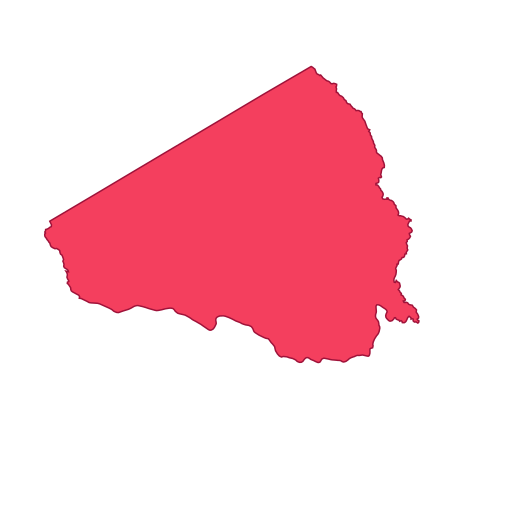 the district of Novo Mundo, Mato Grosso, Brazil, rotated 324°
{"feature_id": "56859067B63599343869059", "entity_name": "Novo Mundo", "entity_type": "district", "adm_level": 2, "iso_a3": "BRA", "parent_name": "Brazil", "parent_adm1": "Mato Grosso", "projection": "robinson", "projection_center": [-55.354, -9.812], "detail": "fine", "context": "isolated", "style": "filled", "palette": "rose", "viewbox_px": 512, "rotation_deg": 324, "n_neighbors": 0, "source": "geoboundaries", "source_scale": "gbopen_adm2", "svg_char_len": 6115}
<svg xmlns="http://www.w3.org/2000/svg" viewBox="0 0 512 512"><g transform="rotate(324 256 256)"><path d="M109.6,106.6L108.9,110.5L107.7,111.9L106.1,111.6L104.3,111.7L102.9,111.5L101.4,110.9L100.7,111.8L99.2,112.5L99.2,113.7L98.0,114.0L96.9,115.7L96.7,116.8L96.8,118.5L96.6,120.0L96.8,121.2L96.6,123.1L96.8,124.4L96.0,126.5L95.8,128.0L96.3,129.5L97.6,131.9L99.2,132.8L99.9,134.5L100.4,136.1L99.4,138.1L99.0,139.6L99.5,141.1L99.3,142.4L98.8,144.1L98.3,145.7L96.7,146.7L96.4,148.1L95.8,149.8L94.4,151.3L94.1,152.8L94.6,154.1L95.4,156.0L95.5,157.3L95.0,158.5L93.3,156.5L93.2,157.8L92.8,159.6L92.0,160.7L90.6,162.0L90.1,163.8L90.0,165.6L89.5,166.6L88.1,166.3L87.2,167.3L87.6,168.6L87.4,172.6L86.4,174.4L86.1,175.6L86.5,177.2L87.8,179.9L88.4,181.2L89.6,183.6L89.3,185.3L88.2,186.3L89.6,187.7L92.6,193.3L93.6,195.5L94.8,196.8L98.2,199.6L100.1,201.2L101.5,203.0L102.7,205.1L106.5,211.7L107.5,213.7L108.1,215.2L108.4,216.8L109.2,218.4L110.3,220.0L111.6,221.0L116.0,222.3L121.6,224.2L124.2,224.7L127.9,225.1L129.7,225.7L131.3,226.6L134.4,230.1L136.5,232.8L138.7,235.9L142.6,240.8L143.6,241.8L145.0,242.6L148.2,244.1L150.3,244.9L151.8,245.5L155.3,247.3L156.3,248.0L157.1,248.7L158.0,249.8L158.3,251.5L158.2,253.3L159.0,256.2L160.1,257.7L162.9,260.9L164.0,262.3L165.9,266.3L166.6,268.1L167.0,269.5L167.6,271.0L168.8,273.4L171.3,279.0L172.0,281.2L174.2,287.4L174.8,288.6L175.9,289.5L176.9,289.7L178.2,289.9L180.2,289.4L182.2,288.4L184.0,287.4L184.9,286.0L185.3,285.0L186.0,283.9L186.8,283.1L188.1,282.6L189.6,282.7L191.4,283.2L194.4,285.2L195.8,286.7L197.9,289.8L199.9,293.4L201.5,296.7L204.1,300.6L204.7,302.1L205.7,303.7L207.1,305.6L209.3,307.8L210.0,309.0L210.7,310.3L210.8,312.0L210.5,314.0L210.1,315.1L210.0,316.3L210.3,317.6L211.9,321.7L214.3,326.2L215.5,328.2L217.4,330.3L217.4,335.0L217.7,337.0L217.8,340.3L217.0,342.0L216.1,344.2L215.8,347.8L216.1,350.6L217.2,352.7L219.0,353.3L221.8,355.8L223.1,357.8L225.4,360.4L226.1,361.7L227.0,363.4L227.3,365.2L227.8,366.3L228.7,367.6L230.2,368.6L231.9,368.8L233.3,368.3L235.2,367.8L236.9,367.8L238.4,368.8L239.1,370.4L239.5,371.8L241.2,374.5L242.1,376.3L243.3,378.3L244.1,379.0L245.3,379.4L246.6,379.0L247.8,378.4L249.1,378.1L250.9,378.6L254.1,382.0L255.4,383.6L256.5,384.7L260.1,387.8L260.9,388.6L262.1,389.5L263.1,390.6L263.7,392.2L264.5,393.2L265.6,393.7L266.9,394.1L268.1,394.1L269.5,394.1L271.2,393.9L272.2,394.0L273.3,394.2L275.1,394.7L276.5,395.2L277.8,395.4L279.5,395.9L281.1,397.2L282.7,398.0L284.0,398.7L287.3,402.5L288.3,403.2L289.4,402.9L290.9,401.7L292.0,400.3L292.7,399.2L293.5,398.2L294.7,398.2L296.4,398.8L297.9,397.5L298.5,396.2L299.4,395.3L300.3,394.5L303.1,392.8L306.6,391.4L307.9,391.1L308.9,390.8L309.9,390.3L311.3,389.4L313.7,387.2L314.5,385.9L314.8,384.2L315.7,382.7L316.4,381.3L316.6,379.7L316.5,378.0L316.5,376.8L317.1,375.2L318.2,373.8L320.1,372.3L320.9,371.4L322.7,368.4L323.6,367.1L325.0,366.5L326.1,367.2L327.0,368.4L327.7,369.9L328.3,371.8L329.5,374.9L329.8,376.7L329.3,378.2L327.0,379.5L325.8,380.6L325.1,382.0L325.0,383.3L325.4,386.2L326.1,387.5L328.0,388.3L329.6,388.1L330.7,387.9L331.7,387.3L332.6,387.9L332.3,389.5L333.0,390.7L333.9,391.9L333.9,393.3L335.3,393.5L335.7,394.8L335.2,395.9L336.7,397.1L337.9,397.2L339.0,397.0L341.1,395.9L342.5,395.0L344.4,394.7L344.7,395.8L345.1,396.9L344.3,398.2L345.4,398.5L346.1,399.5L345.0,400.8L345.3,402.5L346.8,403.5L347.5,405.4L348.6,405.3L349.7,404.3L349.2,403.1L349.3,401.8L351.1,401.7L352.0,400.6L352.6,398.1L352.6,395.6L354.2,393.9L354.0,392.0L353.3,389.9L353.5,387.7L352.0,386.1L351.1,384.7L351.2,383.1L350.6,382.0L349.3,381.3L348.4,380.5L348.7,379.0L350.3,379.7L351.4,378.8L351.1,377.1L351.4,375.7L351.4,374.3L350.5,372.7L351.6,371.7L351.3,369.9L351.6,368.6L351.3,366.8L354.0,365.9L355.0,365.1L356.2,362.3L355.9,361.1L355.3,360.2L355.1,358.2L353.3,359.4L352.4,358.5L353.4,356.4L354.5,355.4L355.8,354.6L356.9,354.1L358.5,353.0L360.1,351.3L361.2,349.9L361.4,348.5L362.3,347.7L364.6,346.6L365.2,345.5L366.4,346.1L367.9,344.5L369.2,343.7L370.5,343.9L371.9,343.9L373.3,343.1L374.7,343.9L376.2,343.3L377.5,342.0L379.0,342.6L379.6,341.4L381.1,340.8L382.4,340.3L382.6,339.1L383.4,337.9L384.5,336.9L384.8,335.0L385.5,333.4L386.9,333.2L387.7,331.7L389.4,332.0L391.2,331.6L392.6,330.8L392.6,329.3L393.3,327.8L394.6,328.0L396.0,328.1L397.2,327.4L397.6,325.7L397.6,324.0L397.0,323.0L396.6,321.3L397.3,319.8L399.2,318.7L400.9,318.0L402.0,318.8L402.7,317.9L401.9,316.4L401.7,315.1L400.5,315.3L399.3,314.6L399.1,313.1L398.8,311.8L398.3,310.5L397.4,309.5L396.7,308.5L395.5,307.6L395.0,306.3L396.2,305.6L397.1,304.3L397.5,302.7L397.6,299.3L398.8,297.5L398.3,295.5L398.9,293.7L398.8,292.3L398.2,290.6L397.4,289.9L396.7,288.4L396.9,286.5L396.0,286.0L395.5,287.1L394.1,286.1L393.0,285.5L392.1,284.2L392.5,282.5L393.7,282.1L394.9,281.2L395.6,280.0L395.8,278.8L395.9,277.6L395.6,276.4L396.2,274.9L396.0,273.5L396.2,271.8L396.0,270.0L394.8,268.9L395.7,267.8L397.1,268.3L398.4,268.5L399.5,267.5L400.2,266.3L400.7,265.0L402.0,265.0L403.0,266.0L404.0,265.8L404.4,264.5L404.9,263.2L405.9,262.5L406.8,261.6L407.9,260.5L409.4,259.5L410.4,259.3L411.8,259.8L413.2,258.1L414.1,255.9L415.0,252.3L415.9,250.8L415.9,248.9L415.3,247.0L415.0,245.7L414.4,243.9L414.5,242.7L415.4,241.6L415.8,240.4L415.9,237.8L417.2,236.3L417.5,233.6L418.1,232.7L418.4,231.5L418.8,228.8L419.8,227.1L419.6,225.5L420.4,224.1L420.8,223.1L420.4,221.5L422.2,220.8L421.1,218.7L421.5,216.9L421.9,215.6L422.2,214.4L423.3,210.9L423.3,207.0L423.7,205.8L424.5,204.8L425.7,203.4L425.5,202.2L425.9,200.9L425.1,200.0L424.8,198.9L423.8,198.0L422.4,197.2L422.4,195.7L422.1,194.6L421.4,193.6L421.4,192.1L421.2,190.8L421.2,189.6L421.3,188.5L419.7,186.6L419.5,185.1L420.1,183.1L419.4,181.4L419.7,179.3L419.2,177.1L418.2,175.5L418.0,174.3L418.1,171.7L417.2,170.9L418.1,169.4L419.4,168.2L420.1,166.2L421.1,165.8L422.2,164.5L421.4,163.2L420.4,162.0L419.0,161.5L418.0,160.6L417.8,158.5L417.4,157.3L416.3,155.9L415.8,154.4L415.4,152.8L415.0,151.6L414.7,147.6L413.7,147.5L413.3,146.0L412.5,145.0L412.4,143.3L413.5,139.4L413.1,138.2L412.7,136.5L412.0,135.1L357.5,129.6L279.0,122.4L241.0,118.8L161.6,111.5L109.6,106.6Z" fill="#f43f5e" stroke="#9f1239" stroke-width="1.5"/></g></svg>